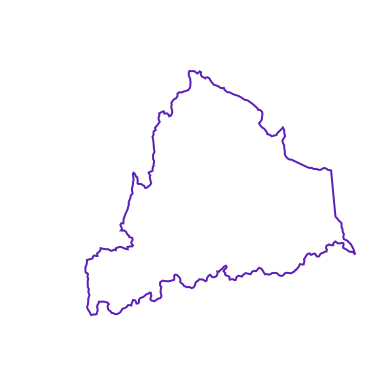 Guaratinga, Bahia, Brazil, rotated 340°
{"feature_id": "56859067B89183133429450", "entity_name": "Guaratinga", "entity_type": "district", "adm_level": 2, "iso_a3": "BRA", "parent_name": "Brazil", "parent_adm1": "Bahia", "projection": "albers", "projection_center": [-39.976, -16.509], "detail": "fine", "context": "isolated", "style": "outline", "palette": "violet", "viewbox_px": 384, "rotation_deg": 340, "n_neighbors": 0, "source": "geoboundaries", "source_scale": "gbopen_adm2", "svg_char_len": 6049}
<svg xmlns="http://www.w3.org/2000/svg" viewBox="0 0 384 384"><g transform="rotate(340 192 192)"><path d="M240.4,81.3L237.6,82.5L236.6,81.1L235.9,79.6L234.6,78.8L232.8,78.3L231.2,77.4L230.0,78.2L229.3,80.0L228.8,82.1L228.9,83.9L229.1,85.1L228.5,86.4L228.4,88.0L227.6,89.5L227.0,91.2L225.9,93.0L224.9,94.0L223.7,94.8L220.6,95.0L218.9,94.7L216.4,95.0L214.0,93.9L211.9,94.6L211.3,96.8L208.9,98.6L207.4,98.5L204.2,100.2L203.1,101.3L202.6,103.4L201.4,105.4L201.3,108.3L200.5,110.8L198.1,113.1L196.4,113.0L196.5,111.5L195.3,109.5L192.9,108.9L193.1,106.6L191.7,106.4L188.0,106.9L187.5,109.1L186.5,110.0L185.6,111.5L185.5,113.2L185.7,115.0L183.3,116.6L182.3,117.4L180.6,118.2L179.2,119.1L179.1,121.4L176.9,121.8L176.1,123.1L175.4,125.2L173.8,126.5L173.3,130.1L170.8,139.3L170.6,141.2L169.7,142.3L168.7,143.1L167.8,144.5L167.3,146.3L166.7,147.6L167.0,149.8L166.3,151.4L165.5,152.5L165.2,153.9L163.8,155.0L162.1,158.6L157.9,158.9L158.0,160.9L158.5,162.2L157.5,163.3L156.8,167.4L156.8,169.4L155.3,171.0L151.1,172.5L149.5,172.3L149.1,169.8L147.9,168.6L146.9,167.0L144.3,166.1L143.8,164.9L144.6,163.7L145.6,159.4L144.7,158.6L144.5,155.2L143.6,153.9L142.6,154.9L141.9,158.1L141.2,160.7L140.2,162.2L138.2,166.3L137.3,167.3L136.5,169.0L136.0,170.9L135.9,172.4L135.3,173.4L133.5,174.0L131.9,176.7L129.2,179.7L128.6,181.0L128.3,182.5L127.1,183.8L125.6,186.2L122.6,189.2L121.1,190.8L118.1,194.6L117.5,196.3L116.7,198.0L114.8,197.2L113.4,198.5L113.7,201.8L113.4,203.1L112.1,203.8L113.9,204.7L115.2,205.0L116.5,207.1L116.6,209.1L117.1,210.6L117.9,211.5L117.6,212.8L120.2,214.7L119.9,216.6L118.4,217.8L117.5,218.9L117.7,220.5L118.3,222.0L117.0,222.7L115.4,221.9L114.2,221.9L112.6,221.5L112.1,223.8L110.2,222.9L109.4,221.9L107.9,220.7L106.8,219.5L105.1,218.8L101.4,218.8L100.5,220.6L99.1,219.5L97.6,219.8L95.8,219.6L93.5,217.0L92.1,216.6L88.6,214.7L86.9,213.5L86.0,215.5L84.2,216.4L81.8,217.3L81.3,219.8L80.0,219.4L78.7,218.2L77.2,218.6L75.7,220.4L69.9,220.0L69.5,221.7L67.9,224.4L66.3,226.0L65.5,227.8L64.8,230.0L64.6,231.5L65.7,232.4L66.2,233.5L64.7,236.1L64.8,238.2L63.4,240.2L61.6,245.9L61.9,248.3L61.0,249.3L60.4,250.6L60.4,253.8L58.2,256.5L56.6,260.4L55.0,263.1L54.1,264.1L53.9,265.5L54.1,267.1L54.6,268.9L55.1,273.1L58.1,273.5L59.3,274.1L60.7,274.0L61.5,272.6L62.8,271.2L63.3,269.6L63.4,267.9L64.2,266.2L66.4,264.4L67.0,263.2L68.7,264.0L70.6,264.4L72.2,265.2L75.0,267.3L75.5,268.9L74.3,269.6L73.5,270.8L73.1,273.5L73.5,274.8L74.4,275.7L75.2,278.2L76.6,278.9L77.8,280.4L79.4,281.0L81.0,281.1L83.4,280.5L85.3,279.1L86.7,277.9L88.2,278.1L89.7,278.0L91.3,277.7L92.9,276.5L94.5,276.8L96.1,277.9L97.3,276.0L99.6,273.3L101.5,274.4L101.8,276.0L101.7,277.8L103.1,278.3L104.2,277.8L104.8,276.6L105.1,275.3L106.4,274.3L108.4,273.9L110.3,274.1L113.1,272.9L114.7,272.4L116.1,272.6L117.7,272.1L118.8,272.6L118.3,274.2L118.3,275.8L117.1,277.0L116.2,278.5L116.6,279.9L119.2,281.8L123.6,280.7L126.0,280.8L127.2,280.0L127.9,278.5L128.1,275.8L129.4,272.7L130.7,270.5L130.0,268.9L131.3,265.8L134.4,265.3L135.5,266.2L137.7,267.0L138.9,267.9L140.4,267.9L141.7,268.3L143.1,268.2L145.2,268.4L146.0,266.7L146.5,264.7L147.8,263.9L149.4,264.7L151.0,268.1L151.2,270.0L150.7,271.5L150.1,272.7L151.9,275.7L152.3,277.4L154.6,279.7L157.4,280.5L158.6,282.1L160.7,282.3L162.7,280.8L163.9,279.0L165.3,277.8L167.5,277.4L169.0,276.5L170.7,277.3L172.0,277.7L174.2,280.5L175.5,280.1L176.5,278.3L178.0,276.9L179.6,276.1L180.8,276.0L181.7,278.6L183.1,279.5L184.5,279.7L186.2,279.4L187.5,278.2L188.4,276.7L188.6,275.3L190.3,276.1L191.5,275.2L194.5,274.3L195.4,273.6L196.8,273.0L198.7,272.9L199.0,274.1L198.1,275.2L196.2,275.9L194.5,277.1L195.6,279.7L194.9,280.7L195.3,281.9L196.9,283.1L198.1,284.4L197.7,285.8L197.5,287.3L199.5,287.5L200.8,288.0L201.6,289.2L202.9,289.6L205.2,286.9L207.1,286.6L210.0,288.6L211.3,287.5L214.4,286.5L216.3,287.6L218.7,289.3L220.2,288.4L221.5,287.3L223.4,287.4L225.1,288.3L227.8,286.8L229.3,286.2L231.2,288.2L232.4,294.3L234.4,294.7L235.7,295.9L237.7,296.1L239.5,295.6L242.1,296.3L244.0,297.3L245.5,300.2L247.0,301.3L248.6,301.6L250.3,301.0L251.3,300.1L252.8,300.2L254.5,300.8L256.2,301.7L257.9,302.4L259.4,301.8L261.0,301.8L262.4,300.6L263.7,300.7L265.0,299.6L266.6,299.0L267.6,297.7L268.8,296.7L270.5,297.7L272.1,298.3L274.2,295.0L274.2,293.5L275.6,292.6L276.5,291.7L279.0,289.9L281.5,289.9L282.3,291.8L283.7,291.8L285.5,291.5L286.9,292.6L286.7,293.8L287.5,295.5L289.5,295.9L290.9,294.5L292.7,293.8L293.9,294.0L296.5,293.6L298.1,293.9L299.1,292.1L298.7,290.5L299.3,289.4L300.3,288.3L301.7,288.5L302.8,288.1L304.2,289.3L305.4,290.0L306.5,290.3L307.2,288.6L309.7,287.5L310.6,288.6L311.3,290.0L312.5,290.6L314.8,291.0L316.7,291.8L316.4,293.6L315.3,294.9L314.9,296.1L317.3,298.7L319.5,301.8L320.5,302.6L321.9,302.8L322.9,303.7L324.0,306.6L324.2,300.7L323.4,295.4L322.5,293.7L321.4,291.0L318.6,288.2L318.7,286.4L319.2,285.1L320.3,283.7L320.1,281.8L320.2,279.8L320.8,278.2L320.5,276.3L321.8,272.5L321.3,270.9L320.4,269.6L319.2,266.0L318.4,264.4L318.7,263.0L330.1,219.3L327.3,217.8L326.5,216.3L325.4,215.3L324.0,214.5L322.3,214.9L320.1,215.1L318.5,214.4L317.5,213.5L316.4,212.7L314.7,212.2L313.7,211.5L312.8,210.3L311.0,209.7L309.6,208.9L296.4,195.5L294.6,194.8L293.3,193.1L292.7,191.7L292.3,190.3L292.0,188.8L292.5,187.1L293.1,185.6L293.9,181.6L294.6,179.7L294.3,178.3L294.3,175.2L295.1,174.0L298.6,171.4L298.7,169.5L299.1,167.4L299.8,165.3L299.4,162.5L297.5,163.6L293.2,165.5L291.9,166.3L291.0,167.3L286.0,166.9L284.6,164.8L283.6,164.0L282.5,163.4L282.8,161.7L282.0,158.8L281.4,157.1L280.2,155.7L279.6,154.4L278.6,151.6L278.6,150.2L280.2,149.5L281.5,148.5L282.4,147.7L283.0,146.5L284.2,144.1L284.9,142.8L285.3,140.9L284.7,139.3L283.6,137.9L282.1,137.3L282.2,135.9L279.5,130.6L275.6,124.9L273.2,123.5L272.1,122.2L271.2,120.7L268.7,117.8L264.1,114.2L262.3,112.0L261.1,111.0L259.6,110.5L258.5,109.0L257.5,106.7L257.5,105.0L255.7,104.8L254.1,103.6L253.2,102.0L251.3,100.2L249.5,99.0L248.8,97.6L247.7,94.4L247.4,92.2L246.7,90.4L245.9,89.5L244.5,89.3L243.3,89.8L242.4,88.5L241.0,87.2L240.4,85.3L240.6,84.0L241.5,82.6L240.4,81.3Z" fill="none" stroke="#5b21b6" stroke-width="2"/></g></svg>